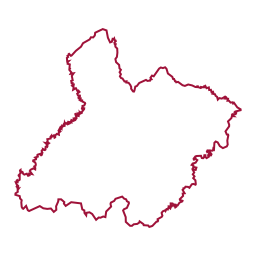 the district of Paracatu, Minas Gerais, Brazil
{"feature_id": "56859067B92126801808434", "entity_name": "Paracatu", "entity_type": "district", "adm_level": 2, "iso_a3": "BRA", "parent_name": "Brazil", "parent_adm1": "Minas Gerais", "projection": "robinson", "projection_center": [-46.879, -17.108], "detail": "fine", "context": "isolated", "style": "outline", "palette": "rose", "viewbox_px": 256, "rotation_deg": 0, "n_neighbors": 0, "source": "geoboundaries", "source_scale": "gbopen_adm2", "svg_char_len": 5747}
<svg xmlns="http://www.w3.org/2000/svg" viewBox="0 0 256 256"><path d="M130.1,225.8L132.0,225.8L133.7,224.3L137.3,223.9L139.2,222.6L139.6,221.4L143.4,224.1L143.7,225.2L148.2,225.5L149.3,226.9L152.4,225.9L156.5,221.6L157.6,221.5L158.1,220.8L157.6,219.2L161.7,216.9L162.4,215.7L161.6,212.9L162.7,211.4L165.1,210.3L165.5,211.0L166.5,209.1L167.8,209.5L168.5,207.1L170.3,208.5L170.7,207.3L169.8,206.4L171.6,206.5L172.0,206.0L170.7,204.9L170.7,203.4L172.6,203.5L174.2,206.0L175.2,205.3L175.0,204.6L175.8,204.7L176.3,206.0L177.6,205.5L179.5,202.6L182.3,201.4L182.5,200.8L180.0,200.0L179.8,199.2L183.1,195.9L182.7,193.6L184.6,193.3L182.6,189.9L183.5,189.1L183.4,188.3L184.6,188.0L185.5,186.7L188.1,186.9L189.4,187.8L191.8,184.3L193.3,183.9L195.5,184.7L195.8,184.2L195.4,180.3L193.2,178.1L194.5,176.4L192.8,174.3L194.2,172.5L192.7,169.6L195.7,169.9L196.4,167.6L194.1,167.1L193.1,168.1L193.4,165.4L191.7,164.9L192.7,163.5L195.6,162.7L197.3,160.1L195.7,159.0L195.5,158.1L194.2,158.8L194.0,160.4L193.6,158.7L195.4,156.4L196.7,156.0L201.0,155.8L201.8,158.0L203.1,158.2L204.0,157.4L204.4,155.2L205.4,155.2L205.5,157.1L206.6,158.1L208.8,156.7L208.1,155.2L209.1,153.4L210.2,154.1L209.0,154.7L209.0,155.3L211.0,155.4L211.5,154.2L208.7,150.5L212.4,150.7L213.0,150.4L213.3,148.6L214.0,149.3L214.4,142.8L215.7,141.5L217.7,142.4L219.8,146.1L222.9,148.1L226.8,146.4L227.7,144.6L227.3,140.6L228.3,135.3L228.1,134.6L226.8,134.5L225.5,131.4L229.1,126.4L229.2,124.7L228.0,121.4L231.4,118.1L231.9,116.1L233.9,116.2L232.1,114.7L232.4,114.2L235.6,114.2L236.2,113.0L234.7,112.1L235.3,111.5L240.6,110.2L240.6,109.3L237.3,107.4L234.0,102.8L233.1,103.5L232.6,102.3L230.6,102.6L228.8,100.6L227.5,100.7L228.0,98.8L225.4,98.6L227.0,97.1L226.2,97.4L225.1,96.6L221.8,98.6L219.3,98.1L217.8,99.6L217.1,96.9L215.5,95.7L215.1,94.3L212.5,93.7L213.3,92.5L213.0,91.7L211.5,92.1L210.9,89.8L209.2,90.0L208.8,87.4L206.5,88.2L205.4,86.1L204.7,87.0L204.1,86.3L203.3,87.3L201.2,87.0L201.3,87.7L200.7,88.0L198.1,87.1L197.9,86.3L197.2,86.3L197.1,87.1L195.4,87.0L192.1,85.4L188.2,84.5L184.9,85.9L182.5,85.2L178.1,81.9L176.2,82.3L175.6,81.2L175.0,81.2L174.1,79.0L173.1,79.0L172.3,76.8L167.9,73.5L166.5,68.8L165.1,67.3L162.9,68.1L160.8,67.5L159.1,68.6L153.7,76.3L152.0,75.6L150.5,77.7L151.5,79.3L150.3,79.6L150.1,80.6L147.4,80.9L146.0,79.9L139.2,83.0L136.9,86.0L135.3,86.6L134.4,90.7L133.9,91.6L133.0,91.4L131.1,88.7L131.2,87.0L130.3,85.0L128.6,82.8L126.3,82.5L126.5,81.3L124.5,81.5L122.5,78.5L121.0,78.0L119.9,76.3L120.9,74.2L119.6,72.2L120.9,69.8L119.5,68.4L119.1,64.9L116.1,62.2L115.4,59.0L116.9,56.9L117.4,52.7L117.2,48.5L115.6,47.0L115.2,45.8L115.7,44.2L114.7,44.0L114.4,42.6L115.8,41.2L115.6,40.5L114.6,40.2L114.2,38.4L113.5,39.3L112.6,38.9L111.8,41.8L110.1,42.4L107.9,37.7L106.5,30.4L102.7,29.1L95.2,32.7L94.8,35.5L93.2,37.4L90.9,37.3L89.7,39.4L83.0,43.2L81.0,46.7L75.9,50.8L71.5,55.6L70.8,55.8L68.6,53.2L69.0,54.7L67.5,55.8L68.1,57.0L66.9,57.9L67.2,61.5L68.6,61.2L67.7,62.1L67.6,63.8L69.8,64.4L69.5,67.7L70.0,68.6L69.3,69.1L69.4,70.0L71.4,72.4L70.6,73.8L73.6,73.3L71.8,75.9L72.7,80.3L71.2,80.9L71.6,83.1L72.6,83.1L72.5,84.2L73.8,84.4L73.7,85.1L72.2,85.8L73.7,87.1L73.2,89.7L75.9,88.2L77.5,91.2L78.4,90.6L79.5,91.9L77.2,93.7L77.9,95.4L79.9,95.6L79.9,96.4L78.5,97.5L78.6,98.2L80.7,98.3L80.7,99.1L79.7,100.0L80.9,100.8L82.2,100.5L82.3,101.5L84.9,102.8L85.2,103.5L84.3,105.4L81.7,106.2L82.7,106.4L82.8,108.2L84.2,108.3L84.1,109.2L81.8,112.0L81.8,112.9L80.9,113.3L80.4,112.3L79.1,112.9L79.3,114.5L78.8,115.1L78.2,114.5L78.5,116.0L77.5,115.8L75.9,113.8L75.3,114.1L76.6,118.1L75.6,119.4L74.8,118.4L74.4,119.0L73.6,118.6L73.5,120.1L74.2,120.5L73.0,121.0L71.4,120.1L71.0,121.2L71.4,122.4L68.6,121.9L68.7,122.6L67.7,122.4L67.1,123.2L68.8,123.8L67.5,124.4L66.0,123.2L65.3,123.8L64.8,122.8L64.6,125.9L63.7,126.0L63.4,125.0L62.7,126.4L62.0,125.9L61.6,128.7L60.4,127.2L59.2,129.5L60.0,129.6L59.9,130.7L59.1,130.5L58.7,132.3L58.9,134.7L56.8,133.9L55.2,135.5L55.2,137.3L54.5,137.7L53.8,135.4L51.6,137.0L51.4,135.7L50.5,136.8L50.6,138.5L47.3,139.2L47.7,141.2L47.0,142.0L49.0,143.2L48.5,143.6L45.4,143.0L47.3,144.9L47.5,146.1L47.2,146.8L46.4,146.2L45.6,146.8L45.5,149.6L45.0,150.0L43.2,149.1L43.4,149.8L42.6,149.6L41.6,150.9L42.4,152.7L41.3,153.3L42.0,154.2L41.7,155.0L41.1,155.3L39.7,154.0L37.8,154.6L37.3,155.1L37.8,156.6L35.2,157.5L36.2,158.3L36.0,159.3L33.2,160.4L33.2,161.3L35.2,162.4L35.8,164.2L35.6,165.7L34.3,166.4L35.3,168.0L35.2,169.4L33.3,168.4L30.5,169.8L29.8,171.0L32.1,174.1L29.1,173.5L28.8,174.3L29.4,175.3L28.1,175.8L26.8,173.7L24.3,174.6L23.1,173.7L22.6,172.1L20.5,171.0L20.5,170.0L20.0,170.4L20.3,172.0L21.4,172.3L18.6,175.3L18.8,175.9L19.7,175.9L19.7,179.7L17.8,181.1L17.2,180.1L16.7,180.5L17.4,182.2L15.7,182.2L16.7,184.5L18.2,185.9L18.2,186.9L16.0,186.1L17.3,187.2L17.7,189.1L18.5,188.8L17.6,190.1L17.8,191.8L15.5,193.4L15.4,194.8L19.7,196.1L20.1,198.5L21.7,200.2L21.3,202.4L21.7,206.9L22.6,208.5L23.3,208.8L26.1,205.9L27.8,210.2L29.1,211.0L39.8,206.1L43.3,208.3L47.3,208.9L50.9,208.5L53.8,211.9L56.3,209.8L56.1,206.3L58.2,201.5L58.4,199.3L61.1,199.3L64.3,202.1L63.9,203.6L65.7,205.9L71.2,202.2L81.0,203.4L82.3,209.4L84.3,210.4L84.5,213.0L86.2,215.3L86.5,212.8L89.5,212.3L92.2,214.0L96.1,219.8L98.7,217.5L100.5,217.7L103.2,216.5L105.4,217.1L106.2,211.5L111.1,206.6L110.5,203.9L110.9,202.6L114.2,200.9L115.5,198.8L122.2,196.6L124.2,198.7L126.1,199.3L126.9,201.2L128.8,202.3L128.9,203.4L126.9,207.9L123.9,209.3L123.1,210.5L125.7,217.1L125.8,221.9L130.1,225.8ZM208.7,150.5L207.9,151.8L207.2,152.1L206.9,151.4L207.4,150.6L208.7,150.5ZM59.1,131.6L59.9,131.8L59.4,132.2L59.1,131.6ZM79.8,112.6L80.2,113.1L79.9,113.5L79.8,112.6ZM176.3,206.0L175.1,206.8L175.3,207.4L176.3,206.7L176.3,206.0ZM82.8,108.2L82.2,107.7L81.9,108.4L82.2,109.0L82.8,108.2Z" fill="none" stroke="#9f1239" stroke-width="2"/></svg>